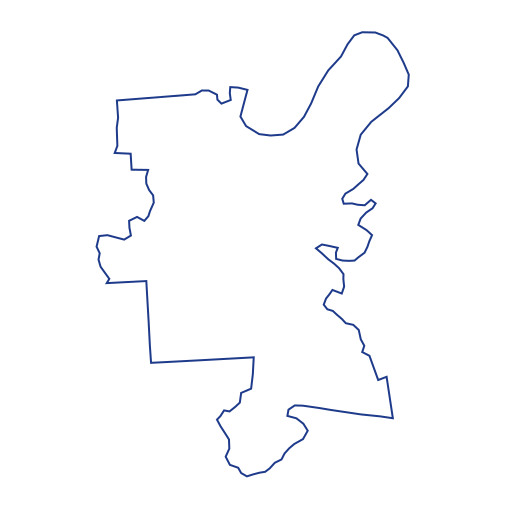 Porto Lucena, Rio Grande do Sul, Brazil (Mercator projection), rotated 88°
{"feature_id": "56859067B50046704042959", "entity_name": "Porto Lucena", "entity_type": "district", "adm_level": 2, "iso_a3": "BRA", "parent_name": "Brazil", "parent_adm1": "Rio Grande do Sul", "projection": "mercator", "projection_center": [-54.951, -27.852], "detail": "fine", "context": "isolated", "style": "outline", "palette": "blue", "viewbox_px": 512, "rotation_deg": 88, "n_neighbors": 0, "source": "geoboundaries", "source_scale": "gbopen_adm2", "svg_char_len": 2262}
<svg xmlns="http://www.w3.org/2000/svg" viewBox="0 0 512 512"><g transform="rotate(88 256 256)"><path d="M463.8,289.4L467.0,281.2L472.4,278.4L475.9,272.8L474.2,266.7L472.7,260.1L472.0,254.4L468.8,249.8L463.3,244.4L460.2,237.6L454.4,234.4L449.4,229.6L445.2,224.3L440.6,215.4L432.4,210.4L425.3,214.5L419.6,221.3L416.9,230.2L410.7,228.9L406.7,222.5L407.2,214.5L408.3,208.3L410.2,197.7L412.5,186.4L418.0,156.5L420.6,137.5L422.9,124.9L381.3,129.7L384.2,138.2L359.7,146.1L355.7,153.2L349.5,150.9L342.9,154.2L333.5,155.9L328.2,161.2L326.3,168.6L321.9,172.4L317.5,177.2L313.6,181.1L311.7,186.6L307.0,190.0L301.0,187.5L296.5,183.7L292.6,180.8L296.5,171.6L289.7,169.0L282.2,169.5L277.2,169.2L271.1,173.4L266.5,178.1L261.7,184.0L255.7,190.0L250.4,195.8L246.8,189.7L248.4,182.9L250.7,174.0L255.4,176.0L261.7,176.0L263.6,169.5L264.1,163.1L264.0,157.7L260.7,153.5L256.5,147.4L250.7,144.3L245.4,142.3L239.2,139.3L234.0,144.6L228.5,152.7L222.2,150.1L216.4,144.3L212.3,137.8L207.6,134.6L203.9,139.1L209.1,145.6L208.3,152.7L206.8,158.2L206.8,166.5L201.8,167.8L196.8,164.5L192.4,156.5L187.4,150.5L183.7,145.9L177.9,141.8L167.2,150.3L153.1,151.8L138.4,147.1L125.9,136.1L112.7,118.1L103.1,107.4L91.8,98.3L80.1,97.0L67.8,101.8L60.1,105.3L55.4,107.4L42.6,116.9L40.0,121.3L36.8,129.0L36.1,142.0L38.9,150.1L47.6,157.1L59.6,164.1L73.0,177.3L88.7,187.9L105.5,195.6L118.6,203.2L129.3,213.0L135.6,224.6L136.1,237.2L134.3,248.6L125.8,261.4L116.1,266.7L102.8,262.7L89.7,258.7L87.1,267.8L86.3,275.8L92.3,276.5L99.2,275.8L102.5,285.2L98.4,289.1L93.4,289.4L89.0,297.5L88.7,304.3L92.3,311.0L95.7,389.6L113.0,389.0L123.0,390.7L141.1,390.7L148.1,393.6L149.4,377.7L165.4,377.3L166.2,360.8L173.2,363.1L179.8,363.1L186.4,360.5L191.8,356.7L199.1,356.3L207.3,360.3L212.5,362.2L217.0,366.4L212.8,373.5L216.4,381.6L223.3,381.5L231.2,380.3L235.0,387.2L232.6,395.2L230.0,403.8L230.6,412.1L241.1,415.0L247.8,412.1L254.1,413.5L261.3,411.7L268.8,406.7L273.7,403.4L277.9,406.1L277.2,366.5L308.8,365.8L317.5,365.6L341.6,365.2L359.1,364.6L358.9,351.9L358.3,317.9L357.2,261.8L374.1,263.3L388.4,265.5L392.3,275.6L402.0,277.3L406.2,282.2L410.4,287.9L409.2,293.3L414.7,297.1L418.2,300.7L424.9,297.4L431.9,293.2L438.4,289.4L447.6,289.4L455.5,293.3L463.8,289.4Z" fill="none" stroke="#1e3a8a" stroke-width="2"/></g></svg>